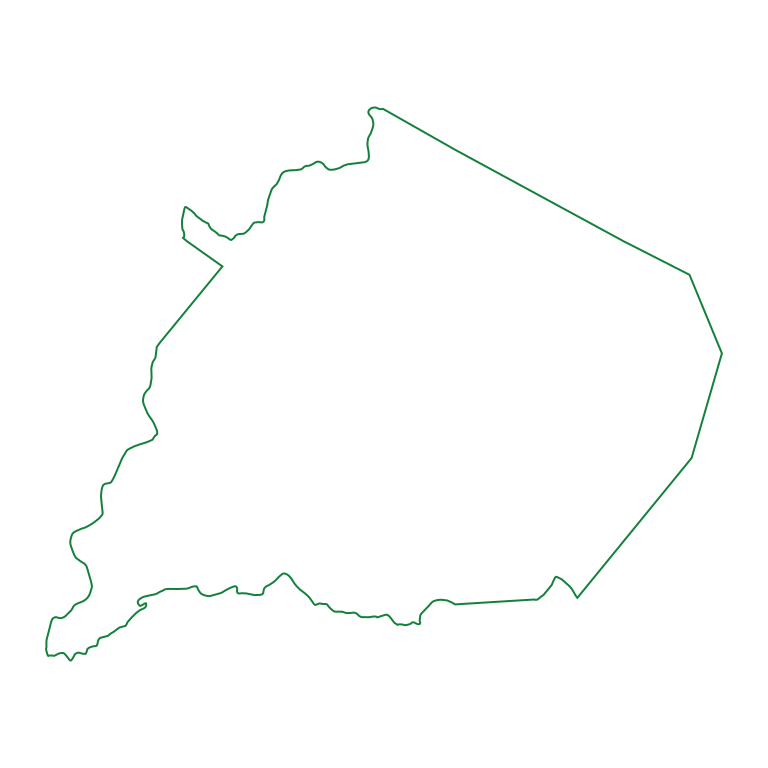 Apacilagua, Choluteca, Honduras
{"feature_id": "27666195B80375114467909", "entity_name": "Apacilagua", "entity_type": "district", "adm_level": 2, "iso_a3": "HND", "parent_name": "Honduras", "parent_adm1": "Choluteca", "projection": "mercator", "projection_center": [-87.065, 13.459], "detail": "fine", "context": "isolated", "style": "outline", "palette": "green", "viewbox_px": 768, "rotation_deg": 0, "n_neighbors": 0, "source": "geoboundaries", "source_scale": "gbopen_adm2", "svg_char_len": 6029}
<svg xmlns="http://www.w3.org/2000/svg" viewBox="0 0 768 768"><path d="M322.9,604.0L325.5,604.0L327.0,604.4L327.5,604.9L328.3,606.1L330.0,608.0L332.4,610.2L334.2,611.5L336.2,611.7L341.9,611.7L343.2,612.0L345.3,612.8L346.8,613.1L350.5,613.0L353.4,612.6L354.4,612.7L355.7,613.1L356.8,613.7L359.1,615.9L361.4,617.1L368.5,617.2L370.8,617.0L373.1,616.5L374.4,616.5L376.1,616.6L377.1,617.3L377.5,617.3L385.0,614.9L386.2,614.7L387.1,614.8L388.4,615.5L389.7,616.7L394.5,622.9L396.2,623.9L397.2,624.7L397.7,624.8L399.2,624.3L401.2,624.4L402.7,624.5L404.2,625.1L405.2,625.1L407.6,624.8L410.0,624.0L411.0,623.5L412.0,622.5L412.7,622.3L413.5,622.3L414.5,622.6L416.8,623.8L417.9,624.1L418.9,624.2L419.8,623.9L420.1,623.4L420.2,622.8L419.7,621.2L419.7,620.0L420.3,615.6L420.6,614.6L421.8,613.1L429.2,605.4L431.7,602.5L432.8,601.7L433.8,601.1L436.7,600.2L439.7,599.8L441.9,599.8L447.4,600.5L451.7,602.4L455.1,604.4L534.2,599.5L535.6,599.8L537.1,599.7L537.9,599.2L541.4,596.4L543.4,595.1L546.5,591.3L549.6,587.6L551.8,584.8L553.3,581.2L554.3,579.0L555.3,577.3L556.0,576.8L556.8,577.0L558.0,577.4L561.7,579.3L569.4,586.1L571.8,588.9L575.6,595.4L576.9,597.3L577.4,597.8L691.6,458.0L721.9,353.4L689.5,274.8L623.9,241.4L455.2,149.8L382.9,108.8L381.4,109.2L380.0,109.1L378.5,108.7L376.7,107.9L375.5,107.5L374.3,107.5L373.4,107.6L372.0,107.9L371.0,108.4L369.2,109.9L368.7,110.8L368.4,111.6L368.4,112.9L369.0,114.2L369.6,115.2L371.4,117.1L372.5,119.2L373.1,122.0L373.4,124.7L372.9,127.1L371.3,131.9L370.6,133.6L368.7,136.9L368.1,138.5L367.8,140.3L367.5,142.5L367.5,146.0L368.6,151.7L368.9,156.4L368.6,158.9L368.0,160.1L367.4,160.8L366.1,161.7L364.5,162.2L347.6,164.3L343.5,165.7L340.3,167.6L338.4,168.4L334.3,169.5L331.5,169.8L329.4,169.6L328.4,169.3L327.3,168.5L325.2,166.7L323.3,163.9L321.9,162.9L319.7,161.9L318.4,161.7L317.4,161.7L316.0,162.1L313.1,163.9L309.7,165.5L308.5,165.8L306.3,165.9L304.9,166.4L303.9,167.0L302.2,168.7L300.9,169.4L296.4,170.1L291.3,170.3L288.2,170.6L285.6,171.2L283.8,172.0L282.5,173.0L281.2,174.7L280.3,176.5L279.0,180.0L276.8,183.9L276.3,184.6L274.9,185.7L273.8,186.8L272.0,188.9L271.4,190.1L268.0,200.1L267.2,205.4L264.3,216.6L264.2,217.6L264.4,219.6L264.2,220.5L263.9,221.2L263.1,222.0L262.2,222.4L261.3,222.4L258.5,222.1L254.8,222.5L254.2,222.7L253.4,223.3L252.3,224.7L249.1,229.3L246.2,232.0L244.3,233.4L243.5,233.7L242.0,233.9L238.7,234.0L237.2,234.6L236.1,235.3L235.1,236.1L234.6,236.7L234.5,237.4L233.2,238.6L231.7,239.7L231.1,240.0L229.9,239.5L227.4,237.7L225.0,236.4L222.2,235.7L219.4,235.4L218.7,235.0L217.2,233.4L215.0,231.6L212.0,229.6L210.9,228.6L209.7,226.9L208.8,225.0L208.4,223.8L208.1,223.4L206.1,222.6L202.6,220.7L196.3,215.9L194.4,213.5L191.5,210.8L186.3,207.2L185.7,207.0L185.2,207.1L184.7,208.0L184.4,208.9L182.1,219.7L182.0,223.6L182.3,228.3L182.6,229.6L183.4,230.9L183.8,232.0L184.3,234.8L184.2,235.9L184.0,236.8L183.7,237.3L183.0,237.9L187.0,241.3L222.4,266.4L159.6,343.0L156.8,346.9L155.5,357.4L154.9,358.7L153.5,360.8L152.7,362.3L152.0,364.9L151.5,367.3L151.3,368.7L151.6,377.7L151.0,381.9L150.3,385.8L149.9,387.0L149.2,388.2L146.1,391.5L144.3,394.2L143.4,397.0L143.0,400.4L143.2,402.3L143.8,404.6L147.3,413.0L149.1,416.0L152.5,420.8L154.2,423.9L155.9,427.9L156.8,430.2L157.1,431.8L157.2,433.2L156.9,434.3L156.4,435.0L154.9,435.9L153.0,438.9L152.4,439.7L152.0,440.0L146.5,442.3L139.1,444.6L134.1,446.4L129.6,448.6L127.7,449.7L126.9,450.4L125.6,452.4L122.1,458.3L115.2,474.6L112.8,479.5L111.7,481.3L110.8,482.4L109.8,482.9L108.7,483.2L106.2,483.5L104.3,484.2L103.3,485.1L102.5,486.5L101.9,488.5L101.5,490.8L101.0,495.7L101.3,500.2L102.6,512.5L102.6,513.7L102.3,514.6L99.1,518.4L93.9,522.5L91.5,524.1L86.5,526.9L85.0,527.6L81.5,528.7L75.0,531.6L73.2,532.9L72.5,533.8L71.9,534.9L71.3,536.7L70.6,539.3L70.3,541.2L70.3,542.9L70.5,544.5L71.0,546.3L72.9,551.7L74.6,555.7L75.9,557.8L80.4,561.2L84.3,563.6L85.4,564.7L86.2,565.9L86.8,567.1L87.9,570.7L91.2,582.2L91.9,585.9L91.9,587.2L89.8,594.0L88.6,596.2L87.3,598.0L85.7,599.5L83.4,601.1L80.8,602.2L77.2,603.6L75.7,604.4L74.4,605.3L73.5,606.3L72.1,609.0L71.1,610.5L65.0,616.5L63.0,617.6L60.8,618.2L58.6,617.9L56.4,617.2L55.4,617.2L53.8,617.8L52.5,618.8L51.8,620.2L50.9,622.7L50.1,626.2L47.0,638.1L46.5,640.4L46.4,642.2L46.4,647.6L46.1,648.6L46.1,649.3L46.6,651.7L47.7,655.2L48.0,655.7L48.3,655.9L49.3,655.5L49.9,655.5L51.9,655.5L54.3,655.8L58.8,653.5L61.6,653.0L63.2,653.0L64.1,653.4L65.8,655.1L67.6,657.3L69.3,659.7L70.1,660.4L70.9,660.5L71.4,660.2L73.1,657.7L74.8,654.4L75.5,653.7L76.7,653.1L77.8,652.7L79.0,652.7L82.6,653.7L84.7,653.9L85.6,653.9L86.3,652.6L87.3,649.4L87.7,648.8L88.4,648.2L89.5,647.5L90.9,647.0L93.6,646.2L95.9,646.1L96.7,645.6L97.5,643.8L97.9,641.5L98.3,640.3L99.0,639.0L99.8,638.2L101.1,637.6L107.9,635.9L110.4,633.7L113.7,631.8L119.3,627.6L125.6,625.8L126.6,624.2L127.3,622.5L128.5,621.0L131.9,617.2L135.9,613.3L137.4,612.0L140.6,609.8L143.8,608.4L145.1,607.5L145.8,606.5L146.2,605.2L146.2,603.9L146.1,603.5L145.9,603.3L145.3,603.3L144.5,603.6L142.0,605.2L140.4,605.9L139.7,605.6L138.6,604.5L137.9,603.1L137.8,601.7L138.3,600.4L139.5,599.2L142.1,597.5L144.0,596.7L147.7,595.8L153.7,594.6L156.2,593.9L157.8,593.1L159.8,591.9L162.8,590.6L164.5,589.6L166.0,589.1L168.7,588.9L177.5,589.0L186.4,588.7L188.9,588.1L191.4,587.0L192.6,586.7L194.1,586.4L196.1,586.3L196.8,586.6L197.2,587.0L197.7,588.7L198.8,590.7L200.1,592.6L201.4,593.9L203.0,594.7L205.2,595.5L207.6,596.0L209.3,596.1L212.4,595.4L220.7,593.1L222.0,592.5L225.9,590.1L230.9,587.6L233.4,586.6L235.2,586.2L236.2,586.6L236.9,587.5L237.2,588.9L237.0,590.7L237.1,591.9L237.5,592.8L238.2,593.3L239.5,593.5L242.5,593.2L246.7,593.5L254.6,595.1L260.1,594.9L261.9,594.4L262.9,593.6L263.2,592.8L263.9,589.2L264.5,588.1L265.3,587.2L266.5,586.3L269.3,584.9L273.5,582.1L275.3,580.6L279.1,576.7L281.8,574.3L283.1,573.6L284.4,573.5L285.4,573.7L286.5,574.2L288.1,575.1L289.2,576.1L291.3,578.5L294.3,583.3L296.7,586.3L300.0,589.6L304.8,593.2L307.9,596.0L309.9,598.2L313.8,603.8L314.9,604.9L315.6,604.9L319.2,603.5L321.0,603.6L322.9,604.0Z" fill="none" stroke="#15803d" stroke-width="2"/></svg>